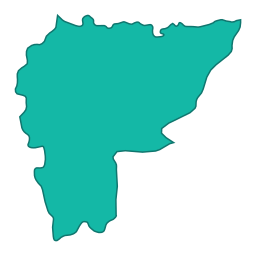 the border of Sa Kaeo
{"feature_id": "THA-433", "entity_name": "Sa Kaeo", "entity_type": "Province", "adm_level": 1, "iso_a3": "THA", "parent_name": "Thailand", "parent_adm1": "", "projection": "albers", "projection_center": [102.297, 13.672], "detail": "fine", "context": "isolated", "style": "filled", "palette": "teal", "viewbox_px": 256, "rotation_deg": 0, "n_neighbors": 0, "source": "natural_earth", "source_scale": "10m", "svg_char_len": 3743}
<svg xmlns="http://www.w3.org/2000/svg" viewBox="0 0 256 256"><path d="M240.6,19.8L240.6,22.7L240.1,27.0L238.6,30.5L234.2,36.9L232.7,40.4L232.0,45.4L232.1,48.7L231.3,51.5L228.2,55.1L216.0,64.8L210.7,70.1L206.8,77.1L203.2,89.0L201.5,92.9L197.7,97.6L196.7,99.5L196.1,101.7L195.9,106.2L195.0,108.3L190.0,112.7L168.6,123.2L161.7,128.5L161.5,133.2L166.1,137.7L173.6,142.6L169.7,143.7L159.7,149.6L155.6,151.0L142.6,152.1L125.3,150.7L117.0,151.6L113.0,156.8L113.3,159.1L115.6,162.8L116.4,164.8L116.5,166.6L116.4,169.2L116.4,169.8L117.3,186.3L115.9,199.7L116.1,215.1L116.3,215.6L116.1,216.2L115.7,216.9L115.3,217.4L114.3,218.4L113.2,219.3L112.6,219.6L110.5,220.5L109.2,221.2L108.1,222.1L107.0,223.1L106.6,223.7L105.9,225.0L104.8,229.0L104.2,230.5L103.8,231.1L103.3,231.5L102.7,231.9L102.0,232.2L101.2,232.4L98.9,232.5L96.6,231.9L94.2,231.0L91.1,228.5L89.8,227.2L89.0,226.1L87.9,223.2L87.4,222.4L86.5,221.9L84.5,221.6L83.4,221.7L82.6,222.0L82.0,222.5L81.1,223.5L79.4,226.0L76.6,231.2L76.2,231.8L75.6,232.3L74.4,233.2L73.2,233.9L70.2,234.9L65.0,235.5L63.6,236.0L61.0,237.4L59.5,238.8L57.7,240.1L57.0,240.5L56.3,240.6L55.3,240.5L54.4,240.0L53.7,238.6L53.3,236.3L52.6,227.2L53.5,219.6L53.5,218.8L53.3,217.7L52.6,216.6L49.2,213.3L47.9,210.7L45.1,201.7L42.5,189.6L41.2,186.2L38.5,183.4L36.1,180.0L35.1,177.9L34.5,175.6L34.4,172.6L34.4,171.0L34.6,169.7L35.0,169.1L35.4,168.5L36.0,168.2L36.8,167.9L39.4,168.0L41.1,167.9L41.9,167.7L43.3,167.3L44.0,166.2L44.7,164.5L45.4,159.5L45.3,156.0L44.6,150.6L44.0,148.2L43.4,146.7L42.7,146.3L41.9,146.3L35.5,147.7L33.6,147.8L31.7,147.7L30.7,147.5L29.7,147.1L28.5,146.3L28.1,145.5L28.0,144.6L28.5,143.2L28.8,142.5L29.1,141.4L29.4,140.1L29.5,137.8L29.2,136.6L28.8,135.7L28.3,135.1L26.7,133.8L26.0,133.4L24.2,131.8L22.8,129.9L21.9,127.8L19.8,116.8L23.9,112.5L25.9,109.7L26.6,106.7L26.2,102.7L26.3,98.0L25.3,96.3L23.1,95.3L17.1,93.8L15.6,91.8L15.4,89.0L16.8,86.0L17.4,83.0L17.5,79.7L17.3,77.0L17.3,73.9L18.5,70.7L21.7,67.9L24.4,66.2L27.3,63.7L27.4,60.3L26.4,55.1L26.5,51.4L27.7,48.2L31.6,45.5L34.3,44.6L37.1,44.4L39.6,44.7L42.0,43.7L44.4,41.4L46.4,36.2L49.7,33.0L52.3,31.2L54.6,29.2L55.9,27.4L57.6,15.4L62.5,20.1L64.7,21.5L75.6,25.6L77.6,26.1L79.1,26.4L80.0,26.3L80.8,26.2L81.5,25.9L82.1,25.5L82.6,25.0L82.9,24.2L83.0,23.4L82.5,20.2L82.6,19.4L82.8,18.6L83.6,17.5L84.4,16.8L85.3,16.2L87.2,15.5L88.3,15.5L89.1,15.8L90.7,17.2L92.4,18.5L92.9,19.1L93.3,19.6L93.5,20.3L93.6,21.1L93.5,21.9L93.6,22.9L94.0,23.8L95.2,25.1L96.3,25.6L97.3,25.7L104.2,25.6L105.4,26.1L106.3,26.8L107.1,27.8L108.0,28.2L108.9,28.3L109.8,28.2L110.6,28.0L111.3,27.7L111.8,27.2L112.3,26.6L112.9,25.3L113.3,24.7L113.9,24.2L114.8,23.9L118.0,23.6L118.8,23.4L123.2,21.9L124.3,21.9L125.5,22.3L129.2,23.8L130.7,24.1L131.9,24.2L132.6,23.9L134.5,22.9L136.5,22.2L137.7,22.1L138.6,22.3L139.2,22.7L139.6,23.2L140.5,23.8L141.5,24.4L143.5,25.3L144.7,25.5L149.5,24.7L150.7,24.7L151.6,25.1L152.4,26.2L152.6,26.6L152.8,27.1L152.8,28.5L152.5,30.4L152.6,32.8L152.9,33.9L153.1,34.6L153.6,35.4L154.5,36.4L155.5,36.9L156.4,37.0L157.4,37.0L160.9,36.7L161.7,36.5L162.5,36.3L163.1,35.9L163.6,35.5L163.9,34.9L163.7,34.4L163.1,34.0L161.6,33.5L160.9,33.2L160.4,32.6L160.3,31.9L160.4,31.1L160.7,30.3L161.1,29.7L161.7,29.3L162.3,29.1L163.2,28.9L164.1,28.8L164.9,28.7L166.4,28.2L167.0,27.9L168.3,27.2L168.8,26.7L170.9,24.6L172.7,23.5L174.3,24.7L175.2,25.8L175.9,26.1L176.6,26.2L177.7,25.5L178.3,24.8L178.7,24.0L178.9,23.3L179.4,22.7L180.3,22.7L181.4,23.3L182.2,23.9L183.3,25.0L184.4,25.9L185.1,26.3L186.5,26.5L192.8,26.6L198.1,27.1L200.1,26.8L209.2,24.5L213.3,22.8L213.9,22.3L214.4,21.8L215.2,21.3L217.3,20.6L220.5,19.8L222.1,19.7L224.1,20.3L226.1,21.0L230.2,21.6L231.3,22.0L232.4,22.0L234.3,21.7L236.5,20.6L240.6,19.8L240.6,19.8Z" fill="#14b8a6" stroke="#0f766e" stroke-width="1.5"/></svg>